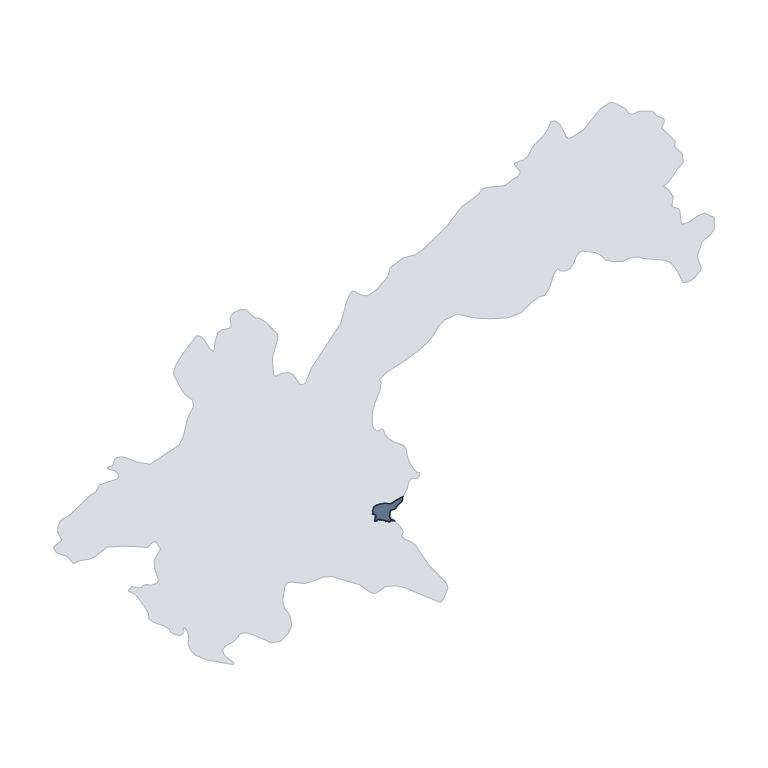 Sangthong, Vientiane [prefecture], Laos (highlighted), rotated 269°
{"feature_id": "54806243B2404656271674", "entity_name": "Sangthong", "entity_type": "district", "adm_level": 2, "iso_a3": "LAO", "parent_name": "Laos", "parent_adm1": "Vientiane [prefecture]", "projection": "mercator", "projection_center": [102.117, 18.241], "detail": "fine", "context": "in_parent", "style": "filled", "palette": "slate", "viewbox_px": 768, "rotation_deg": 269, "n_neighbors": 0, "source": "geoboundaries", "source_scale": "gbopen_adm2", "svg_char_len": 7619}
<svg xmlns="http://www.w3.org/2000/svg" viewBox="0 0 768 768"><g transform="rotate(269 384 384)"><path d="M254.5,60.1L258.6,67.7L277.7,88.2L281.0,93.7L288.0,97.9L293.9,116.1L296.4,117.2L299.5,115.9L301.9,113.4L303.9,106.4L305.2,105.6L307.4,111.4L312.8,113.1L315.1,115.6L315.8,120.0L315.0,124.5L310.5,134.8L307.8,148.6L326.5,178.1L334.4,182.2L353.0,187.0L365.6,193.5L371.5,191.9L377.1,184.6L383.9,180.5L396.4,174.2L400.0,173.9L407.0,176.4L418.3,183.7L435.5,197.4L435.0,201.1L431.8,204.7L422.6,210.1L419.7,213.6L421.5,214.9L429.1,215.8L438.2,218.9L440.9,222.5L442.5,230.6L444.1,232.2L452.5,231.3L455.1,232.4L458.1,235.0L461.1,241.8L461.0,246.9L452.6,255.8L451.7,261.1L447.3,267.5L435.9,278.2L432.8,278.8L411.7,272.9L394.9,273.8L393.5,276.0L396.4,282.4L397.2,288.8L394.6,293.7L384.9,300.0L384.6,302.7L386.5,305.6L400.6,311.3L445.4,341.8L465.8,347.7L474.8,351.5L477.1,353.7L477.0,356.4L474.6,359.8L472.7,365.7L472.6,369.3L474.7,372.8L478.3,378.0L490.9,389.5L500.1,392.3L509.7,405.5L512.5,417.1L517.3,424.6L540.5,449.5L559.9,464.8L571.4,481.4L577.0,485.1L578.8,491.1L580.3,508.5L587.0,517.1L588.4,520.6L591.3,523.2L594.5,523.7L601.4,518.0L602.8,518.9L605.8,528.0L608.6,531.4L618.9,537.0L629.8,548.0L635.6,552.0L643.0,555.2L644.0,558.6L642.6,562.2L640.3,564.5L627.7,570.8L626.0,573.6L634.3,587.7L655.3,605.1L661.9,615.5L660.5,620.5L654.7,630.6L650.3,633.3L649.2,636.5L652.4,644.8L652.0,657.5L648.0,660.5L644.3,668.3L641.7,668.9L635.3,666.1L621.8,679.4L616.0,678.8L609.2,686.2L600.5,687.2L594.4,681.6L581.6,672.7L577.0,667.1L573.0,672.0L566.2,676.5L556.6,674.9L554.1,681.6L552.2,682.8L540.6,684.0L538.5,685.0L540.3,691.1L547.1,701.5L549.2,707.4L544.9,717.1L533.0,716.9L527.6,712.9L520.8,704.7L505.5,699.3L495.2,703.0L492.1,702.8L484.4,695.9L481.5,691.4L479.8,684.8L491.5,679.4L497.4,675.3L501.3,670.8L503.0,666.2L504.8,646.9L506.6,640.1L505.6,631.8L502.4,625.2L502.4,615.4L504.1,607.4L508.6,603.4L511.7,597.7L513.5,584.8L512.1,581.5L507.7,578.3L500.3,575.3L495.7,571.5L493.8,566.9L494.0,562.9L496.2,559.4L490.7,555.6L477.2,551.3L469.8,546.2L468.2,540.2L462.6,532.4L453.0,522.7L447.9,508.7L447.4,490.5L448.5,475.6L452.7,458.4L447.1,445.9L440.9,439.4L432.3,434.5L424.1,427.6L416.3,418.5L407.0,405.2L396.1,387.4L388.8,379.5L385.1,381.3L377.2,379.7L365.2,374.6L354.8,371.8L345.9,371.4L340.1,372.6L337.4,375.3L337.2,378.0L339.4,380.6L338.2,382.7L333.5,384.1L329.8,387.1L325.5,393.5L322.6,402.0L318.2,405.3L311.3,406.0L304.6,408.5L298.0,412.6L294.9,415.7L295.2,417.9L293.8,418.4L290.6,417.2L289.0,414.4L289.2,409.9L285.8,407.0L278.9,405.5L271.0,400.7L256.0,388.4L252.6,387.9L247.6,391.1L241.2,397.9L235.9,400.7L231.7,399.2L228.5,401.7L226.2,407.9L222.1,412.8L201.9,426.0L183.7,443.0L179.1,444.5L168.1,439.8L164.6,436.5L179.7,401.7L182.0,393.2L181.5,382.0L175.1,372.7L174.8,369.9L175.8,367.1L183.6,356.2L192.5,328.3L192.0,319.6L188.1,310.0L185.9,300.9L187.6,288.5L187.0,283.7L182.8,281.3L168.9,278.8L160.9,280.8L157.1,284.2L152.5,286.3L143.7,287.5L135.5,283.3L128.6,276.2L127.0,267.4L135.6,248.6L137.7,241.3L137.4,237.9L135.9,234.3L133.9,233.8L129.4,229.4L125.1,221.6L121.1,218.0L117.2,218.7L113.7,221.6L107.9,229.0L106.1,228.1L111.2,202.0L116.0,190.9L121.7,185.7L127.7,183.5L134.0,184.3L139.3,183.4L143.6,180.7L143.2,179.1L138.1,178.7L136.1,175.7L137.2,170.2L139.4,166.6L142.9,164.9L146.2,159.3L149.5,149.7L153.4,144.9L158.1,144.7L166.0,140.6L177.3,132.5L181.6,124.7L185.9,128.3L184.3,137.3L186.5,139.3L187.6,142.5L187.0,147.6L187.9,151.9L189.6,154.0L192.1,155.0L204.1,151.3L211.4,151.1L223.3,157.7L230.4,152.8L230.5,150.9L224.7,144.7L226.5,121.6L225.7,104.1L215.8,91.2L213.8,85.9L212.8,77.4L210.0,70.1L217.1,64.3L220.9,53.5L225.8,50.9L227.4,51.3L233.4,59.4L241.1,55.3L246.9,55.4L251.8,57.5L254.5,60.1Z" fill="#d9dde1" stroke="#a8b0b8" stroke-width="1"/><path d="M247.3,372.6L247.2,372.7L247.2,372.8L247.2,373.0L247.0,373.3L246.9,373.3L246.9,373.5L247.0,373.7L247.1,373.8L247.2,374.0L247.1,374.3L247.2,374.6L247.3,374.6L247.4,374.4L247.5,374.4L247.8,374.3L248.0,374.6L248.4,375.0L248.4,375.3L248.4,375.5L248.6,375.6L248.8,375.7L248.9,375.8L248.8,376.0L248.7,376.3L248.6,376.6L248.4,376.7L248.2,376.9L248.0,377.4L248.1,377.6L248.5,377.9L248.7,378.0L248.4,378.4L248.1,378.8L248.0,379.1L247.8,379.2L247.8,379.4L247.9,379.5L248.1,379.6L248.0,379.9L248.1,380.1L248.1,380.3L247.9,380.6L247.8,380.9L247.8,381.5L247.7,381.8L247.5,382.2L247.4,382.5L247.4,382.9L247.3,383.1L246.8,383.5L246.7,383.5L246.8,383.7L246.9,384.0L247.0,384.1L246.9,384.3L246.7,384.5L246.7,385.2L246.6,385.4L246.2,386.2L246.0,386.6L245.9,386.9L246.0,387.1L246.1,387.4L246.2,387.6L246.3,387.6L246.6,387.6L246.8,387.6L247.0,387.7L247.2,387.9L247.1,388.5L247.0,388.9L247.1,389.2L247.2,389.5L247.2,389.8L247.1,390.1L247.1,390.5L247.1,390.9L247.0,391.5L246.9,392.0L246.9,392.3L247.0,392.3L247.2,392.2L247.4,391.9L247.5,391.8L247.5,391.7L247.7,391.2L247.7,390.9L247.9,390.3L248.1,389.7L248.2,389.3L248.2,389.1L248.3,388.9L248.4,388.7L248.5,388.6L249.1,388.3L249.6,388.0L249.8,387.9L250.0,387.8L250.3,387.6L250.6,387.4L250.8,387.3L251.1,387.2L251.4,387.0L251.6,387.0L252.0,387.1L252.6,387.4L252.9,387.5L253.2,387.7L253.3,387.7L253.6,387.7L253.8,387.6L254.3,387.4L254.5,387.4L254.8,387.3L255.0,387.4L255.4,387.5L255.5,387.5L255.8,387.7L255.8,387.8L256.1,387.9L256.4,388.0L256.6,388.0L257.0,388.0L257.3,388.1L257.4,388.3L257.5,388.5L257.7,388.8L257.9,389.3L258.0,389.5L258.0,389.8L258.0,390.4L258.2,391.0L258.3,391.1L258.4,391.3L258.4,391.6L258.5,391.8L258.5,392.0L258.8,392.5L259.3,393.0L259.4,393.3L259.5,393.4L259.5,393.5L259.8,393.7L259.8,393.8L260.1,393.8L260.7,394.1L260.9,394.3L261.1,394.4L261.3,394.4L261.4,394.6L261.5,394.8L261.7,395.1L262.0,395.3L262.5,395.6L262.9,396.0L263.5,396.6L263.8,397.0L264.6,397.9L264.8,398.2L265.1,398.6L265.3,398.8L266.4,399.8L266.5,399.9L266.5,400.0L266.9,400.1L267.1,400.1L267.3,400.2L267.5,400.2L267.7,400.4L268.1,400.6L268.4,400.6L268.6,400.6L268.9,400.5L269.1,400.4L269.3,400.4L269.5,400.4L269.7,400.5L269.8,400.4L270.5,400.7L270.9,400.9L270.8,400.5L270.6,400.2L270.4,399.7L270.2,399.4L270.1,399.0L269.5,397.9L269.2,397.5L268.8,396.8L268.5,396.1L268.2,395.4L268.0,394.9L267.9,394.6L267.7,394.3L266.5,392.6L266.3,392.2L265.8,391.5L265.6,391.0L265.3,390.6L265.1,390.2L264.9,389.9L264.7,389.5L264.5,389.1L264.3,388.7L264.2,388.4L264.1,387.9L264.1,387.4L264.1,386.9L264.2,386.5L264.3,385.9L264.4,385.4L264.5,385.0L264.7,383.7L264.7,383.2L264.7,382.7L264.7,382.3L264.6,382.0L264.6,381.6L264.4,380.6L264.4,380.2L264.3,379.7L264.1,379.1L264.1,378.8L264.1,377.6L263.7,376.8L263.6,376.5L263.5,376.2L263.3,375.7L263.3,375.0L263.2,374.5L263.0,374.4L262.7,374.0L262.4,373.7L262.2,373.2L262.0,372.8L261.8,372.4L261.4,371.8L261.2,371.5L261.1,371.4L260.8,371.5L260.4,371.4L260.0,371.3L259.7,371.2L259.4,371.2L259.0,371.1L258.7,371.0L258.5,370.9L258.1,370.7L257.9,370.7L257.7,370.6L257.5,370.4L257.4,370.3L257.2,370.3L256.9,370.5L256.6,370.6L256.4,370.6L256.2,370.6L255.9,370.6L255.7,370.8L255.1,370.7L254.6,370.4L254.4,370.3L254.2,370.2L254.0,370.3L253.9,370.4L253.9,370.5L254.0,370.5L254.0,370.8L254.0,371.0L253.9,371.2L254.0,371.3L254.0,371.5L253.9,371.5L253.8,371.8L253.7,371.9L253.8,372.0L253.7,372.2L253.7,372.3L253.5,372.5L253.4,372.6L253.3,372.8L253.3,373.0L253.2,373.1L253.1,373.4L253.1,373.5L252.9,373.6L252.4,373.7L252.2,373.6L251.8,373.6L251.7,373.6L251.4,373.5L251.4,373.4L251.3,373.2L251.2,373.0L250.9,373.3L250.9,373.2L250.7,373.1L250.4,373.0L250.3,372.8L250.2,372.8L249.9,372.8L249.6,372.7L249.4,372.8L249.1,372.8L248.9,372.8L248.7,372.8L248.6,372.7L248.5,372.4L248.4,372.4L248.2,372.3L247.9,372.4L247.7,372.4L247.5,372.2L247.4,372.2L247.4,372.4L247.3,372.5L247.3,372.6Z" fill="#64748b" stroke="#1e293b" stroke-width="1.5"/></g></svg>